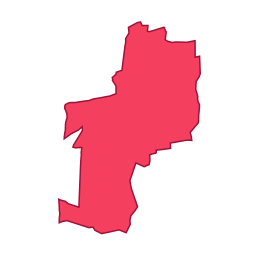 Mayapán, Yucatán, Mexico (Natural Earth projection), rotated 173°
{"feature_id": "50627088B30378888459240", "entity_name": "Mayapán", "entity_type": "district", "adm_level": 2, "iso_a3": "MEX", "parent_name": "Mexico", "parent_adm1": "Yucatán", "projection": "natural_earth1", "projection_center": [-89.174, 20.492], "detail": "fine", "context": "isolated", "style": "filled", "palette": "rose", "viewbox_px": 256, "rotation_deg": 173, "n_neighbors": 0, "source": "geoboundaries", "source_scale": "gbopen_adm2", "svg_char_len": 2291}
<svg xmlns="http://www.w3.org/2000/svg" viewBox="0 0 256 256"><g transform="rotate(173 128 128)"><path d="M179.0,33.9L174.7,33.8L173.3,30.5L167.0,26.4L157.5,27.2L149.3,28.0L142.6,24.3L137.5,32.2L137.3,36.4L136.2,39.3L135.9,40.5L130.9,45.3L128.1,48.7L131.7,65.4L131.8,66.0L132.1,67.9L132.2,69.9L132.5,75.6L124.4,92.4L116.7,87.6L111.5,89.1L111.1,90.4L110.5,92.0L110.1,94.1L109.8,98.7L106.8,99.4L103.6,99.6L102.8,100.5L102.8,102.6L100.5,102.5L99.4,102.5L98.3,102.5L96.1,102.5L94.6,102.5L88.2,102.6L87.8,107.9L72.5,108.7L70.3,108.7L66.2,107.9L66.3,109.7L66.1,111.3L66.3,112.6L66.9,115.9L57.7,124.5L57.2,125.8L56.3,132.0L54.6,139.6L54.2,142.6L55.4,146.1L55.4,146.7L55.3,149.1L54.9,150.6L55.4,154.4L56.1,158.0L54.7,165.9L51.2,170.1L49.7,173.0L48.2,190.5L52.7,190.1L50.8,206.5L59.2,205.9L63.0,206.5L70.5,207.6L73.7,207.5L77.8,209.1L78.8,209.8L80.3,211.2L78.4,218.6L79.7,222.4L79.5,223.3L80.1,223.6L91.4,221.6L95.3,221.0L96.9,221.8L95.7,227.3L101.5,228.0L102.6,231.7L105.8,231.5L115.3,227.8L115.4,222.2L119.4,217.0L119.9,213.2L120.1,212.3L120.8,210.5L123.2,201.1L124.1,197.6L124.8,194.7L127.0,186.0L127.6,185.9L129.8,185.4L132.5,184.8L132.8,184.8L133.5,182.7L137.5,180.0L137.2,178.4L137.6,177.1L134.8,171.2L135.7,163.5L142.4,161.9L145.3,161.8L152.5,161.3L153.5,161.3L157.4,161.1L158.9,161.0L163.8,159.9L165.8,160.0L167.9,160.0L172.8,159.9L175.0,159.8L176.9,159.7L182.8,160.3L183.3,160.3L187.3,158.9L187.8,158.0L188.0,157.7L188.1,157.1L188.4,155.3L188.4,155.1L188.2,154.4L187.8,153.2L187.6,152.4L187.3,151.2L187.0,149.6L187.0,149.1L187.0,147.0L187.1,146.3L187.4,145.2L187.9,144.3L188.3,143.1L188.6,142.3L189.0,141.6L189.1,141.2L189.3,140.4L189.5,139.7L189.7,138.9L189.7,138.2L190.0,136.8L190.2,135.5L190.2,134.8L190.5,133.6L190.6,133.1L190.9,132.0L191.3,131.1L191.6,130.0L191.8,129.2L191.9,128.4L192.3,127.1L192.6,125.1L184.9,129.3L177.5,132.0L173.3,134.9L173.6,131.0L184.2,117.6L185.0,115.7L184.5,115.5L183.7,115.1L182.4,114.7L181.8,114.7L180.9,114.6L180.0,114.7L179.1,114.6L178.6,114.4L178.1,114.3L177.0,114.5L176.1,114.2L176.6,112.9L177.6,108.8L177.4,108.2L179.1,99.9L186.4,55.4L196.4,60.0L199.2,62.9L202.5,64.2L204.0,64.8L204.5,65.1L205.4,65.7L205.5,62.6L206.2,54.1L206.0,51.7L207.2,46.7L207.8,42.3L204.8,43.2L199.8,43.5L179.0,33.9Z" fill="#f43f5e" stroke="#9f1239" stroke-width="1.5"/></g></svg>